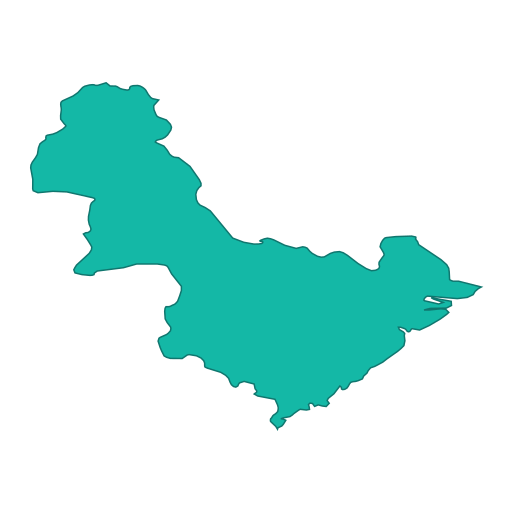 Aust-Agder, Natural Earth projection
{"feature_id": "NOR-912", "entity_name": "Aust-Agder", "entity_type": "County", "adm_level": 1, "iso_a3": "NOR", "parent_name": "Norway", "parent_adm1": "", "projection": "natural_earth1", "projection_center": [8.022, 58.924], "detail": "fine", "context": "isolated", "style": "filled", "palette": "teal", "viewbox_px": 512, "rotation_deg": 0, "n_neighbors": 0, "source": "natural_earth", "source_scale": "10m", "svg_char_len": 4642}
<svg xmlns="http://www.w3.org/2000/svg" viewBox="0 0 512 512"><path d="M481.3,287.0L478.5,288.5L475.1,291.4L473.2,294.6L467.3,297.4L457.3,298.6L427.5,296.1L425.9,296.9L424.4,298.5L423.8,300.1L424.6,300.8L438.7,304.0L443.2,302.4L433.6,299.1L431.2,297.7L451.2,301.3L451.5,305.5L446.3,308.1L430.2,308.4L424.0,310.0L429.2,310.0L440.9,308.8L445.7,309.3L448.8,312.4L447.0,314.1L440.3,319.0L429.3,325.5L419.6,330.0L412.1,328.7L411.1,329.4L410.5,330.5L409.8,331.4L408.6,331.8L407.3,331.4L405.8,329.4L404.8,328.7L400.5,327.2L398.4,327.2L399.4,329.6L403.2,331.8L404.7,333.4L404.3,335.7L404.9,340.8L403.9,345.6L401.1,348.4L397.8,351.2L387.0,358.8L382.8,362.1L377.6,364.9L374.7,366.4L370.6,367.8L368.2,370.6L366.9,373.2L363.7,376.0L362.4,378.9L358.1,380.7L355.6,381.4L352.8,381.7L350.8,382.3L349.5,383.9L348.4,386.0L347.0,388.0L344.8,389.3L342.7,389.6L341.5,389.0L341.4,387.4L339.9,386.0L333.9,393.8L328.3,398.3L327.1,400.6L329.2,403.3L326.2,406.5L322.3,406.0L318.2,404.9L314.6,406.4L312.5,403.5L310.0,403.1L308.5,404.5L309.2,407.1L309.5,409.4L306.4,410.0L300.2,409.3L298.7,410.1L293.8,413.6L292.3,415.0L289.9,416.6L283.6,417.8L280.8,418.8L282.2,418.9L284.6,419.7L285.8,420.3L283.3,424.3L281.8,426.0L277.9,427.8L277.5,429.2L275.8,426.4L270.6,421.5L270.4,420.3L270.6,418.9L271.7,417.7L272.6,416.1L273.4,415.2L274.0,414.8L274.8,414.3L275.9,413.5L277.7,411.6L278.2,409.0L278.2,407.3L277.5,404.8L275.0,399.3L257.7,396.0L254.2,394.0L254.9,393.4L255.9,392.8L256.7,392.0L256.7,390.9L255.8,389.6L255.1,388.8L254.8,387.3L254.1,384.0L244.1,381.4L239.5,382.9L238.6,384.1L237.8,386.0L235.8,387.1L233.5,386.5L231.4,384.7L230.1,382.2L228.6,378.3L225.7,375.3L220.7,372.3L207.5,368.2L205.1,367.1L204.7,366.2L204.6,362.9L203.7,360.7L201.0,358.0L196.5,355.8L189.3,354.6L187.4,354.9L182.2,358.5L170.4,358.4L166.6,357.3L164.1,355.9L161.5,350.7L160.1,347.3L158.1,341.1L159.0,338.2L160.3,337.3L166.6,334.5L168.3,333.2L170.4,330.9L170.9,328.8L170.6,327.0L167.2,322.6L165.2,318.9L164.7,311.3L165.1,308.2L166.0,306.7L168.1,306.7L169.2,306.6L170.3,306.3L172.6,305.1L173.8,304.7L175.3,303.8L177.6,301.3L179.7,295.8L181.4,290.5L181.4,286.3L171.6,273.9L168.0,267.2L166.7,265.8L164.4,265.0L157.4,264.0L136.6,264.0L123.5,267.7L97.3,271.0L94.4,273.0L94.0,274.6L92.3,275.2L90.1,275.4L81.9,274.6L75.0,272.9L73.8,269.8L74.8,267.8L76.5,265.1L89.2,253.4L91.4,249.9L91.8,247.1L90.8,245.1L87.6,239.9L83.4,234.0L85.6,232.8L88.2,232.5L90.4,230.9L91.0,229.1L90.3,226.7L89.2,224.2L88.4,220.1L88.5,216.4L89.8,210.0L90.4,205.5L91.4,203.1L92.9,201.7L94.7,200.3L95.0,199.2L94.3,198.3L92.6,197.7L66.8,191.9L52.9,191.3L37.9,192.7L33.2,190.7L32.7,188.8L32.8,179.3L30.7,167.9L31.0,165.0L32.3,162.2L35.5,157.7L37.4,154.4L38.5,147.7L40.0,143.8L42.3,141.9L44.8,140.3L45.7,139.4L46.0,138.3L45.8,137.4L46.2,135.8L47.4,135.2L52.9,134.1L56.8,132.6L62.7,129.1L64.9,127.1L65.9,126.0L65.8,125.7L65.7,125.4L65.3,124.9L64.2,123.8L60.7,119.2L60.6,115.6L61.3,110.0L61.2,108.0L60.9,106.3L60.7,104.2L61.0,102.3L62.4,100.9L73.1,96.0L77.9,92.6L82.6,87.5L84.8,86.2L89.4,85.0L92.2,84.7L94.1,84.8L95.2,85.3L97.0,85.4L98.3,85.2L106.1,82.8L110.1,86.0L115.6,86.1L117.2,86.7L120.1,88.5L122.7,89.3L127.2,90.1L128.9,89.7L129.7,88.7L129.8,87.3L130.9,86.3L133.1,85.7L137.7,85.5L140.0,86.0L142.5,87.3L144.1,88.5L145.4,89.7L146.2,90.9L148.3,94.5L150.7,97.5L152.4,98.6L158.7,100.0L153.8,105.5L153.7,107.2L154.0,109.8L156.0,114.6L157.2,116.4L159.1,117.4L166.4,120.0L170.4,124.3L171.5,127.2L170.8,130.1L167.6,134.9L165.1,137.2L162.2,138.8L157.1,140.1L155.7,141.1L155.3,142.0L156.7,142.9L163.9,146.1L167.2,150.2L169.7,154.3L172.0,156.2L174.1,157.2L178.6,157.7L190.0,166.4L199.3,179.7L201.0,183.3L201.0,185.8L198.9,187.6L196.8,190.6L195.8,194.3L196.4,199.7L197.9,202.9L200.0,205.1L205.4,207.7L210.3,210.9L232.4,237.7L233.0,238.2L243.8,242.3L254.0,244.1L258.7,244.0L261.7,243.5L262.7,242.7L262.8,241.9L262.4,241.5L261.6,241.4L260.3,241.3L259.9,240.9L260.6,240.3L264.2,238.9L267.4,238.2L270.7,238.8L273.8,239.9L284.8,245.3L296.2,248.4L302.7,246.8L305.0,247.2L307.1,248.1L309.8,251.3L312.2,253.4L317.5,256.3L321.3,257.2L324.3,256.9L330.4,253.4L334.3,252.1L339.5,251.6L343.3,252.8L347.5,255.4L358.0,263.5L366.2,268.6L371.4,270.7L375.4,270.3L376.9,269.7L378.6,268.7L379.3,267.5L379.5,266.1L379.0,264.7L379.0,263.3L379.1,262.2L382.1,257.8L383.9,255.5L384.1,254.2L383.4,252.4L380.1,246.8L380.9,243.5L382.7,240.3L384.5,238.3L384.7,238.2L385.0,238.0L386.3,237.6L395.8,236.6L411.6,236.1L415.7,237.0L415.9,237.7L415.9,238.1L415.8,238.4L415.5,239.0L417.6,241.7L418.7,244.7L440.9,259.6L446.7,264.7L447.8,266.7L448.7,268.2L449.2,271.7L449.6,279.6L450.8,280.4L453.0,281.2L458.5,281.2L481.3,287.0Z" fill="#14b8a6" stroke="#0f766e" stroke-width="1.5"/></svg>